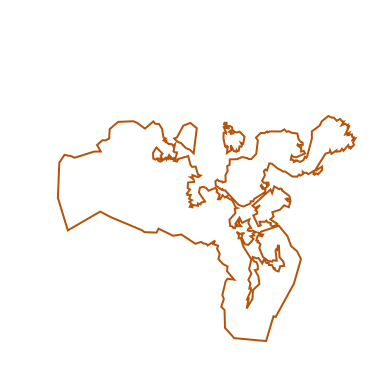 Namsos nor, Nord-Trøndelag, Norway (orthographic projection), rotated 111°
{"feature_id": "86288312B29222354807484", "entity_name": "Namsos nor", "entity_type": "district", "adm_level": 2, "iso_a3": "NOR", "parent_name": "Norway", "parent_adm1": "Nord-Trøndelag", "projection": "orthographic", "projection_center": [11.404, 64.444], "detail": "fine", "context": "isolated", "style": "outline", "palette": "amber", "viewbox_px": 384, "rotation_deg": 111, "n_neighbors": 0, "source": "geoboundaries", "source_scale": "gbopen_adm2", "svg_char_len": 6018}
<svg xmlns="http://www.w3.org/2000/svg" viewBox="0 0 384 384"><g transform="rotate(111 192 192)"><path d="M192.4,98.8L204.3,113.4L206.4,113.3L206.0,116.0L207.3,114.0L206.2,110.4L208.5,110.8L208.5,114.3L209.6,115.0L214.2,114.6L213.9,112.9L215.5,112.7L215.2,111.2L216.3,109.4L220.3,109.1L227.2,102.5L229.4,95.2L228.6,94.7L228.4,92.2L226.6,91.7L225.8,88.3L216.8,93.0L215.2,92.8L215.5,91.7L211.3,92.6L211.0,91.6L221.6,86.9L224.2,81.8L227.9,79.5L229.7,83.0L236.0,82.6L235.3,82.7L235.2,86.1L233.5,87.5L234.4,88.2L231.6,91.1L232.6,94.0L230.9,94.9L231.6,97.3L228.7,100.6L233.6,100.8L229.8,106.3L230.8,108.0L230.8,111.9L232.7,111.5L234.5,109.0L234.4,106.7L236.9,104.3L240.7,102.8L242.3,105.2L247.0,99.8L253.7,96.1L261.6,99.9L270.1,97.3L281.2,99.2L270.2,101.0L273.7,102.2L262.8,101.6L260.8,102.6L261.6,103.9L256.3,104.7L253.8,107.9L246.9,107.3L243.5,111.1L233.6,112.4L224.6,124.5L217.6,129.9L218.6,131.9L215.5,132.7L213.2,136.1L213.9,132.2L211.4,128.2L213.0,129.9L216.7,129.5L221.8,123.7L221.2,120.5L213.7,117.7L212.3,121.5L210.3,118.4L209.0,120.5L206.5,117.9L206.3,121.9L207.8,123.7L207.9,126.2L205.8,126.2L204.5,124.0L200.8,128.3L196.9,128.6L202.8,134.2L198.9,138.5L204.3,139.7L202.2,137.5L204.7,136.9L206.3,133.9L207.9,137.8L206.1,138.3L206.3,139.6L210.5,138.9L210.7,140.9L209.6,142.0L210.1,144.1L204.5,147.1L196.1,143.9L192.4,146.1L190.7,143.9L190.7,145.7L185.5,151.2L184.5,157.2L183.0,157.5L185.3,159.4L183.9,162.4L188.7,163.2L189.4,165.1L184.5,165.2L183.1,169.1L181.3,169.1L179.8,171.6L184.9,177.0L183.0,180.5L183.3,183.6L185.1,186.1L190.0,185.4L196.2,176.4L198.5,179.5L200.5,179.6L200.6,182.3L202.7,181.4L203.9,186.8L206.1,186.1L206.6,188.8L203.2,188.3L202.2,190.9L199.6,189.1L199.3,192.4L195.3,192.1L196.3,195.2L195.2,195.5L196.2,196.5L190.4,194.7L190.0,197.3L185.5,198.9L184.4,198.9L181.8,193.6L179.7,194.9L178.7,198.5L178.0,196.7L176.0,197.6L176.0,191.5L173.5,189.8L173.6,192.6L167.0,197.7L168.5,200.9L167.1,203.3L159.8,208.4L166.0,216.5L169.0,216.9L169.4,219.8L167.5,219.0L168.8,223.7L167.5,225.3L169.5,225.7L169.0,226.9L170.6,227.3L169.4,228.0L174.9,232.2L175.1,234.3L173.3,236.5L174.9,237.7L174.6,240.2L169.4,242.4L163.2,241.2L166.8,233.2L169.5,234.2L171.7,231.7L172.5,234.4L172.8,233.3L172.5,231.0L169.1,228.5L168.8,226.8L165.6,226.6L167.8,222.9L166.3,219.7L161.1,219.9L160.4,220.5L161.2,222.3L160.5,223.9L153.6,225.0L155.9,225.9L154.6,227.8L155.5,231.2L154.2,234.0L155.9,234.2L153.2,234.4L154.1,235.9L154.0,237.1L151.5,235.8L151.4,238.1L143.8,242.6L140.4,247.1L141.4,250.9L139.9,253.3L149.7,258.7L147.1,267.8L147.0,272.2L153.0,286.1L162.8,291.4L171.8,288.5L175.0,291.5L175.7,294.1L182.1,297.5L186.9,291.7L189.3,297.8L202.1,313.9L201.8,317.4L203.1,324.4L212.2,326.4L245.5,315.1L272.3,294.2L243.2,270.7L244.6,258.6L245.6,225.3L246.5,222.0L242.6,210.5L238.2,210.1L239.6,193.9L235.5,186.8L239.1,170.2L235.3,165.6L235.9,162.5L235.3,160.0L236.3,158.2L229.0,153.0L233.0,153.5L232.8,148.4L235.9,148.3L239.9,143.9L245.1,143.3L248.2,137.0L248.7,132.2L253.4,130.9L258.7,121.2L260.3,127.8L263.3,128.6L277.4,126.7L280.5,123.9L288.6,123.6L290.6,119.3L307.0,112.5L313.3,100.2L304.6,69.4L278.8,71.4L278.7,69.1L241.0,64.0L215.6,66.2L209.6,72.7L207.1,80.0L199.1,87.0L192.4,98.8ZM94.1,59.4L89.8,57.6L88.1,59.5L83.8,58.8L85.6,60.7L83.0,60.3L83.2,62.1L80.9,63.4L83.0,66.9L80.3,66.4L83.2,69.5L73.3,68.7L75.9,69.7L73.3,70.3L74.2,71.2L73.3,73.3L76.0,76.2L71.8,75.5L72.4,76.7L70.7,79.9L73.6,82.4L71.7,86.3L72.5,88.4L72.2,92.0L79.5,96.2L84.4,96.6L92.5,101.9L98.9,99.3L117.9,97.2L119.2,97.7L118.7,99.2L122.4,99.4L125.3,102.0L124.9,105.0L127.0,107.2L125.7,107.1L126.6,108.5L125.6,109.7L126.5,111.4L122.1,112.0L122.7,110.4L122.3,107.2L115.4,100.2L113.6,102.4L115.1,104.6L111.1,106.1L111.7,106.6L110.6,110.3L109.5,110.4L109.8,109.1L108.3,105.5L106.2,106.5L106.2,108.5L104.4,111.5L99.7,114.6L101.0,120.6L100.6,123.6L101.9,125.3L100.4,128.2L103.7,130.9L107.6,141.2L109.2,142.6L108.6,143.7L111.1,145.4L112.2,148.9L118.3,151.8L120.2,149.0L133.4,145.7L140.0,148.5L141.0,151.1L140.5,152.4L141.4,157.7L145.3,161.8L148.0,168.4L153.2,166.6L155.2,168.4L159.6,166.3L164.3,166.8L170.1,164.3L172.2,166.9L171.5,167.7L172.1,170.9L171.4,172.7L173.6,174.0L177.5,172.1L179.3,165.0L178.4,164.7L179.2,163.2L178.6,161.7L187.4,143.8L187.2,139.0L181.8,133.3L179.7,133.9L178.8,131.5L176.4,131.6L166.0,123.8L163.4,124.2L163.7,127.3L161.7,130.0L160.5,129.7L163.2,126.0L159.9,123.5L158.3,125.0L158.6,123.4L157.8,122.9L155.8,124.1L157.7,128.3L156.5,130.5L150.3,129.9L146.8,132.4L144.7,131.5L145.1,129.7L137.6,130.1L137.0,127.6L139.3,120.7L140.2,114.0L139.5,112.4L141.6,103.8L139.9,99.3L137.3,98.3L137.9,96.8L135.7,94.9L133.4,95.9L134.0,94.0L133.0,92.2L133.7,89.8L128.2,85.5L131.7,85.1L132.0,83.7L130.1,82.9L130.5,80.7L124.9,78.4L121.7,79.7L127.1,83.7L125.8,84.5L108.4,81.1L105.5,77.6L103.8,77.9L106.4,75.5L101.4,72.1L102.6,71.6L100.8,68.1L97.9,67.5L99.2,65.4L92.2,62.9L94.4,61.0L93.1,60.0L94.1,59.4ZM171.5,96.2L165.9,96.7L166.2,99.2L164.9,101.9L163.9,100.9L163.9,97.6L160.9,99.6L158.3,108.5L157.3,108.8L157.1,110.9L158.2,111.6L157.3,117.3L164.4,116.8L161.5,119.6L183.2,130.6L184.3,127.2L179.9,123.7L186.3,126.3L186.9,124.1L188.7,123.4L191.9,126.4L200.1,117.8L198.5,115.8L195.6,118.3L193.6,113.3L192.0,112.3L193.2,110.7L192.8,107.2L194.4,107.0L195.3,104.4L191.9,100.6L191.1,101.0L189.5,109.0L185.5,107.1L182.1,109.8L177.0,103.5L171.4,101.2L171.5,96.2ZM148.4,227.8L150.3,223.5L150.3,219.6L153.2,213.5L153.3,208.9L155.4,204.3L130.7,210.4L128.1,218.3L133.2,223.9L146.5,225.6L148.4,227.8ZM128.6,161.5L121.5,162.8L118.6,169.2L120.2,171.3L120.7,173.7L120.0,175.2L122.5,174.4L123.8,176.5L122.3,177.1L122.5,178.9L120.6,177.8L120.3,176.0L117.2,177.8L116.8,180.0L118.0,183.3L115.0,184.5L115.7,186.4L117.2,186.5L119.4,179.7L120.0,182.9L118.4,184.9L120.0,185.7L124.0,181.6L125.0,181.3L124.5,182.7L125.3,183.7L130.9,181.7L137.5,177.5L138.0,175.9L136.5,175.8L137.0,174.8L143.1,173.4L139.0,170.5L134.4,172.5L138.8,167.7L138.5,165.1L136.9,165.4L137.7,164.4L136.7,163.1L132.4,164.0L132.0,162.1L130.2,162.2L128.5,164.1L128.6,161.5Z" fill="none" stroke="#b45309" stroke-width="2"/></g></svg>